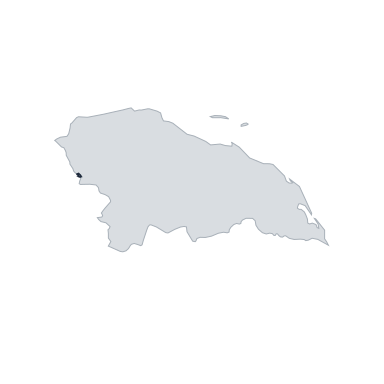 Virginia, Lempira, Honduras (highlighted), rotated 27°
{"feature_id": "27666195B15958478050102", "entity_name": "Virginia", "entity_type": "district", "adm_level": 2, "iso_a3": "HND", "parent_name": "Honduras", "parent_adm1": "Lempira", "projection": "albers", "projection_center": [-88.553, 14.007], "detail": "fine", "context": "in_parent", "style": "filled", "palette": "slate", "viewbox_px": 384, "rotation_deg": 27, "n_neighbors": 0, "source": "geoboundaries", "source_scale": "gbopen_adm2", "svg_char_len": 3198}
<svg xmlns="http://www.w3.org/2000/svg" viewBox="0 0 384 384"><g transform="rotate(27 192 192)"><path d="M337.7,177.5L325.6,177.1L320.0,178.7L317.5,182.1L315.4,183.7L313.6,183.4L310.0,184.8L304.6,187.9L299.7,189.1L295.3,188.5L294.0,189.3L293.7,190.2L293.0,191.2L291.3,191.8L289.4,191.5L287.2,190.5L286.0,191.0L285.9,192.9L284.7,193.5L282.5,192.6L279.9,193.4L277.2,195.7L273.2,196.3L268.1,195.0L264.1,192.6L261.3,188.9L257.9,188.0L252.1,190.9L249.7,194.1L249.2,196.1L249.8,197.9L248.7,199.1L246.0,199.8L244.0,202.0L242.6,205.9L242.4,208.8L243.2,210.9L241.9,212.4L238.4,213.5L234.2,216.8L229.4,222.5L224.6,226.4L219.8,228.7L217.5,231.2L217.7,233.9L217.4,234.8L216.5,235.1L214.9,235.5L205.6,229.7L202.9,225.6L200.6,226.3L197.7,228.4L193.6,233.1L189.2,239.4L187.1,240.1L176.1,239.3L170.3,239.9L169.1,240.7L168.6,243.0L168.9,246.1L170.6,257.2L171.5,261.7L170.7,263.1L167.7,263.4L163.8,264.1L161.7,266.2L161.3,268.3L161.1,271.3L159.9,274.4L157.5,276.7L155.1,277.5L142.0,278.2L142.2,273.0L138.4,271.0L136.2,266.7L134.3,263.8L134.9,262.1L134.7,260.0L129.3,258.5L124.3,259.7L121.4,258.9L119.3,257.8L123.0,255.3L123.2,253.8L122.0,252.6L120.8,251.9L121.2,249.0L121.9,245.6L123.9,237.7L123.2,236.4L119.8,234.0L115.6,233.8L110.9,234.5L108.7,233.3L106.7,230.6L103.3,229.3L97.4,231.5L91.2,234.8L89.3,235.9L87.7,235.8L87.0,233.3L86.7,230.4L86.3,229.7L83.0,228.7L79.1,227.9L77.1,227.1L75.2,225.2L70.6,222.6L69.5,220.7L63.3,216.4L62.1,214.2L60.6,212.7L57.7,210.7L55.3,211.1L47.5,208.6L46.3,208.4L47.4,206.2L49.9,202.9L55.3,199.2L55.7,196.1L54.3,190.3L52.9,186.6L53.7,184.9L55.4,178.1L56.7,176.5L64.5,173.1L65.2,172.7L71.4,167.9L78.2,162.6L85.3,156.7L93.2,150.2L97.6,146.3L99.6,144.7L104.1,146.0L107.7,142.9L109.8,141.9L114.6,138.1L116.1,137.3L124.2,135.8L128.1,135.8L131.5,139.5L134.3,141.6L139.4,139.8L143.7,139.4L161.4,142.8L168.4,141.2L181.3,140.7L187.2,141.6L195.3,136.5L200.6,135.5L206.7,133.1L205.9,130.7L204.4,129.7L213.8,130.6L227.9,135.5L242.9,134.3L248.3,131.6L251.7,130.7L267.1,135.7L271.2,139.5L274.4,139.9L276.8,138.9L277.5,138.1L274.4,137.3L273.0,136.1L285.2,138.3L308.3,156.6L308.8,158.1L299.0,152.8L293.8,153.3L292.5,154.2L292.8,157.2L293.3,158.6L295.5,158.8L297.2,157.9L301.2,158.8L303.9,160.8L307.2,163.8L309.2,167.1L311.3,167.1L313.3,165.1L317.2,164.7L319.7,166.9L321.5,166.8L318.9,163.3L313.0,160.0L314.4,159.8L327.5,165.8L331.4,173.5L334.5,175.2L337.7,177.5ZM183.9,112.7L176.5,116.5L174.1,116.5L177.6,113.5L183.1,111.0L187.7,109.7L191.6,110.2L183.9,112.7ZM209.5,108.4L206.0,111.2L205.3,110.0L207.0,107.4L209.2,105.8L211.2,106.0L210.7,107.1L209.5,108.4Z" fill="#d9dde1" stroke="#a8b0b8" stroke-width="1"/><path d="M82.5,226.9L81.4,228.1L81.5,228.2L81.5,228.3L81.8,228.4L81.8,228.5L82.0,228.5L82.1,228.4L82.3,228.4L82.5,228.3L82.8,228.4L82.9,228.5L83.0,228.6L83.2,228.8L83.3,228.9L83.3,229.0L83.4,229.3L83.5,229.3L83.5,229.5L83.4,229.6L83.5,229.6L83.6,229.8L83.8,229.8L83.8,229.7L84.0,229.7L84.3,229.6L84.5,229.6L84.8,229.5L85.0,229.5L85.3,229.5L85.4,229.4L85.5,229.4L85.6,229.5L85.7,229.4L85.7,229.2L85.7,228.9L85.8,228.8L85.7,228.8L85.7,228.7L85.8,228.6L85.8,228.4L86.0,228.4L85.9,228.3L85.9,228.2L84.7,227.5L84.4,227.5L82.5,226.9Z" fill="#64748b" stroke="#1e293b" stroke-width="1.5"/></g></svg>